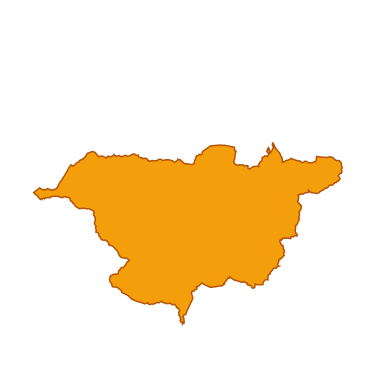 the district of Bisoca, Buzau, Romania, rotated 313°
{"feature_id": "2599482B15447041299262", "entity_name": "Bisoca", "entity_type": "district", "adm_level": 2, "iso_a3": "ROU", "parent_name": "Romania", "parent_adm1": "Buzau", "projection": "albers", "projection_center": [26.695, 45.563], "detail": "fine", "context": "isolated", "style": "filled", "palette": "amber", "viewbox_px": 384, "rotation_deg": 313, "n_neighbors": 0, "source": "geoboundaries", "source_scale": "gbopen_adm2", "svg_char_len": 5967}
<svg xmlns="http://www.w3.org/2000/svg" viewBox="0 0 384 384"><g transform="rotate(313 192 192)"><path d="M227.8,296.0L228.5,296.7L230.4,296.9L231.2,298.7L232.0,298.5L232.5,298.2L233.0,296.7L232.8,295.4L233.3,294.6L238.3,290.6L239.6,291.1L245.5,288.9L245.8,287.7L248.0,286.6L249.9,284.9L250.1,284.1L253.3,283.5L256.4,281.6L256.3,280.5L256.8,279.8L256.3,278.8L256.9,277.7L256.8,276.0L257.7,275.2L258.5,275.4L259.7,274.1L261.1,273.7L261.6,272.0L262.1,271.6L263.3,272.1L263.5,272.7L264.2,272.5L266.3,274.8L268.8,275.3L270.6,277.2L271.4,277.3L272.7,276.1L272.6,279.0L276.2,284.5L276.9,285.0L281.2,285.8L282.6,286.5L285.3,286.7L286.8,288.0L288.6,288.2L291.0,287.8L292.2,289.6L293.2,290.2L294.9,289.9L295.5,290.3L296.1,290.0L297.5,291.1L299.1,290.8L299.7,291.6L302.8,291.2L303.6,288.0L306.3,287.4L307.1,288.3L308.3,288.3L309.7,287.2L310.3,285.7L312.2,285.4L313.2,283.3L315.0,281.4L315.4,278.8L315.0,277.8L313.8,276.6L313.1,274.8L313.3,271.6L312.3,269.6L311.4,268.5L309.6,267.4L308.0,265.6L303.7,260.2L303.1,258.9L299.3,261.4L297.5,261.1L294.0,258.7L292.7,256.9L292.4,254.7L291.6,253.6L289.4,253.1L288.4,252.2L288.3,249.5L287.0,248.5L286.8,247.6L285.4,244.9L285.0,243.4L284.3,243.1L284.3,241.6L280.8,240.6L279.8,239.7L275.4,238.0L278.5,234.4L278.5,233.6L280.2,229.7L281.0,223.1L282.9,218.6L282.9,217.7L282.0,218.0L280.9,219.1L280.2,220.7L280.1,221.7L278.9,221.5L275.2,222.6L274.8,222.3L274.9,220.7L276.4,218.8L276.4,217.6L274.9,218.2L274.7,218.7L274.4,218.2L274.0,218.3L273.7,218.8L272.6,219.1L272.5,220.9L273.4,222.4L271.8,222.2L269.4,223.1L268.8,221.5L267.8,220.4L266.8,220.6L265.0,219.8L264.0,220.9L262.5,221.6L259.5,221.4L257.1,222.3L256.1,223.4L255.8,222.5L252.1,219.3L248.2,218.5L247.6,217.4L247.8,216.5L249.3,215.1L249.0,214.2L246.4,212.5L246.6,210.6L244.9,209.1L244.4,208.1L242.3,207.0L241.8,204.8L242.5,202.1L243.8,201.1L245.8,200.5L247.7,198.7L251.8,196.4L251.3,195.8L251.7,195.3L251.7,194.7L253.7,192.5L248.3,183.8L246.9,182.5L245.5,180.5L238.3,174.0L228.7,172.1L226.7,173.3L225.7,173.4L224.5,171.7L222.7,171.5L221.4,170.6L213.6,174.1L212.7,173.7L210.9,172.0L210.7,171.2L209.9,170.4L209.5,169.3L207.7,167.5L207.5,161.1L206.4,160.3L206.4,159.3L205.5,159.9L201.9,159.2L201.6,156.7L199.9,153.2L199.1,152.1L197.8,151.4L197.3,150.5L195.1,149.3L194.8,147.3L194.3,146.4L192.9,145.3L191.5,145.2L189.7,143.8L187.7,141.3L185.5,140.0L185.4,138.4L184.9,138.3L185.4,137.2L185.3,135.2L183.0,133.3L182.9,131.8L181.7,130.5L181.3,128.9L182.3,127.5L180.8,126.2L180.7,124.4L180.1,123.4L178.3,122.4L175.5,121.7L173.7,119.8L173.8,119.2L173.3,118.1L170.1,116.7L169.3,115.5L169.1,114.0L166.6,112.5L166.4,111.3L165.9,110.7L166.2,109.4L164.4,109.5L162.6,108.5L161.7,107.9L161.1,106.2L158.4,106.1L157.1,101.8L154.3,99.6L154.2,98.4L154.9,94.2L154.7,93.6L154.2,93.3L154.0,92.1L153.4,91.2L151.0,90.3L149.5,89.3L148.2,89.2L144.8,90.0L142.5,89.6L141.6,90.1L141.3,89.5L138.6,88.3L136.9,88.5L134.5,87.8L131.7,87.8L129.6,87.0L129.4,85.0L126.9,85.1L122.1,86.5L111.7,88.6L108.7,88.8L104.3,90.2L101.7,90.5L98.3,88.6L97.1,87.4L97.0,86.3L95.8,83.9L93.9,83.5L92.0,81.4L91.4,79.6L91.2,77.8L83.6,76.6L83.4,79.3L83.9,81.5L83.3,83.3L83.4,84.0L83.1,85.3L83.8,87.3L85.8,87.0L86.4,88.8L88.1,88.9L88.8,89.9L89.6,90.3L90.8,92.0L92.6,92.2L95.6,94.8L97.1,96.4L99.2,100.9L100.4,101.0L100.8,101.7L102.1,102.4L102.6,103.2L102.7,104.2L103.9,105.5L103.8,107.3L102.6,109.5L103.0,109.9L103.1,110.8L102.5,112.7L102.8,114.1L102.3,115.1L102.1,116.7L102.9,120.8L106.7,124.3L107.8,126.4L109.6,128.0L111.0,133.4L110.5,134.3L108.5,135.1L108.1,135.7L107.4,138.2L106.0,140.1L102.5,142.0L101.4,145.3L99.9,145.8L99.0,147.8L97.1,149.1L97.9,150.2L97.9,151.7L97.8,152.3L96.4,153.7L96.5,154.8L95.4,158.2L96.7,160.7L97.7,161.5L98.0,162.3L97.9,165.7L96.7,166.9L96.6,167.5L97.8,169.7L98.3,171.0L98.2,173.2L98.0,176.7L97.6,178.7L95.9,182.1L95.9,185.1L99.1,189.8L99.4,192.7L98.1,193.0L97.1,192.3L96.5,192.3L93.6,193.1L91.1,193.3L90.4,193.2L88.3,191.9L86.3,192.1L85.7,192.5L84.5,192.0L81.9,193.7L80.5,192.9L78.6,190.8L74.8,189.6L71.4,191.6L70.4,193.8L69.8,196.3L68.7,197.5L68.6,198.8L70.6,201.2L71.5,203.3L71.4,204.9L71.8,207.4L70.8,208.8L71.2,211.4L71.6,211.9L72.7,216.1L72.5,221.0L74.4,226.3L75.8,228.7L75.9,229.5L76.7,230.5L78.0,233.8L79.5,234.5L80.0,235.3L80.7,235.2L80.9,236.1L80.4,237.3L80.9,237.9L82.7,238.9L83.6,240.3L87.0,241.5L88.5,243.4L91.3,244.2L91.3,246.2L92.7,248.5L92.9,249.6L93.9,250.1L94.2,250.8L95.6,251.7L96.0,252.9L95.8,253.9L96.5,254.4L96.7,255.1L97.8,255.6L97.7,258.9L96.8,259.6L97.6,261.2L96.8,263.9L94.9,264.3L94.1,265.6L93.1,266.3L92.6,267.8L92.6,269.1L91.4,269.8L91.3,270.7L90.0,270.9L89.3,271.9L89.2,272.3L90.3,273.1L90.3,273.9L89.0,274.6L88.8,275.1L89.7,274.8L90.4,275.6L91.0,275.5L94.1,272.1L94.1,271.1L94.9,270.5L96.6,269.9L98.2,271.0L102.0,269.2L114.3,265.4L115.7,264.0L117.4,260.9L119.1,259.7L120.0,259.7L120.2,260.8L120.6,261.0L123.0,261.0L124.2,261.8L125.8,259.9L126.4,260.7L127.1,260.6L128.0,261.1L132.2,261.3L132.6,263.8L134.5,269.7L136.3,272.0L137.1,272.2L138.6,273.7L142.5,276.6L143.2,277.5L146.0,278.5L146.2,278.0L147.0,277.9L147.3,278.2L147.7,277.4L150.6,277.7L153.2,276.9L154.0,278.0L155.3,277.3L155.8,278.1L155.8,279.8L156.6,283.6L157.6,284.9L159.7,289.7L160.8,290.7L161.5,290.9L162.4,293.0L162.8,295.1L161.9,295.8L163.5,298.7L162.9,301.7L163.8,302.3L163.9,302.8L165.2,302.9L166.7,301.4L167.9,301.1L167.9,301.7L168.4,302.6L169.4,303.5L170.3,305.0L171.3,305.5L172.6,307.1L174.3,305.7L177.0,305.3L179.1,306.5L179.4,307.4L183.2,304.4L184.1,304.3L185.0,305.1L186.9,304.1L192.2,304.0L193.9,305.6L195.3,305.3L197.1,306.1L196.7,305.5L197.4,303.8L200.2,303.0L202.0,301.6L203.2,302.5L208.5,302.7L208.8,301.6L210.2,300.6L211.5,300.3L212.3,299.3L212.9,297.1L214.0,296.3L214.7,295.3L214.6,294.7L214.3,294.5L214.7,293.6L214.4,292.7L215.3,291.3L215.5,289.9L216.9,289.3L217.3,289.2L217.6,290.3L218.8,289.6L219.3,290.3L220.2,290.0L221.2,291.3L222.0,291.3L222.5,292.7L223.5,293.4L225.1,295.8L225.8,295.9L226.5,294.7L226.9,294.7L227.6,295.2L227.8,296.0Z" fill="#f59e0b" stroke="#b45309" stroke-width="1.5"/></g></svg>